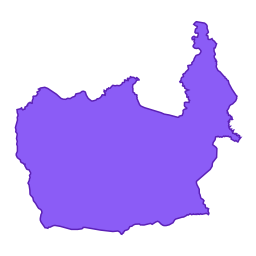 the district of Ossu, Viqueque, East Timor
{"feature_id": "22284137B78761758678939", "entity_name": "Ossu", "entity_type": "district", "adm_level": 2, "iso_a3": "TLS", "parent_name": "East Timor", "parent_adm1": "Viqueque", "projection": "albers", "projection_center": [126.407, -8.715], "detail": "fine", "context": "isolated", "style": "filled", "palette": "violet", "viewbox_px": 256, "rotation_deg": 0, "n_neighbors": 0, "source": "geoboundaries", "source_scale": "gbopen_adm2", "svg_char_len": 5787}
<svg xmlns="http://www.w3.org/2000/svg" viewBox="0 0 256 256"><path d="M193.7,24.3L195.5,25.7L197.3,26.4L196.9,28.1L195.5,29.1L194.9,32.2L195.6,33.1L198.0,33.2L198.2,34.7L197.5,37.1L194.9,37.1L194.5,36.4L193.8,36.3L192.7,36.9L192.0,37.8L192.0,38.8L192.4,39.7L193.3,39.6L194.2,39.0L194.5,39.0L194.6,39.7L194.0,41.7L194.8,43.1L193.2,45.7L193.1,46.7L194.6,48.1L196.4,48.5L198.2,48.2L199.2,48.7L200.8,50.5L201.0,51.7L199.7,53.9L198.9,54.5L196.2,55.4L195.7,56.0L194.2,58.7L193.7,60.7L191.8,62.8L192.0,64.0L190.8,65.0L187.9,65.6L188.0,66.9L188.5,68.4L188.3,69.4L185.5,72.2L184.8,73.5L183.9,73.6L182.9,74.4L183.5,76.6L181.7,77.5L181.1,78.9L181.0,80.3L179.8,81.6L180.3,82.5L181.8,82.2L182.4,82.5L183.0,84.3L182.5,85.7L183.2,86.2L184.4,86.1L184.7,88.1L186.4,89.2L188.5,90.0L185.5,91.2L185.1,91.9L185.6,93.2L186.9,94.8L186.8,97.0L187.3,97.4L188.4,97.0L188.5,99.7L189.5,100.1L189.7,100.5L189.1,101.3L189.0,102.4L185.5,102.2L184.5,102.6L184.4,105.7L184.9,106.6L186.8,108.1L186.6,108.6L184.3,109.3L183.1,110.4L183.2,112.8L182.2,115.4L179.3,116.1L178.7,117.2L177.8,117.3L169.2,115.0L164.2,114.1L161.0,112.7L144.6,107.7L141.0,106.1L139.6,104.7L136.9,98.4L137.1,97.3L136.7,96.6L137.0,95.1L136.5,94.7L134.9,94.4L134.5,93.1L133.1,92.2L132.9,91.7L132.9,88.4L132.5,87.3L132.9,84.6L135.3,82.8L136.6,80.4L137.8,80.0L139.0,80.0L139.0,79.5L136.8,77.6L136.5,77.6L135.9,78.8L135.6,78.8L134.0,77.5L132.9,77.2L131.6,77.5L130.7,76.6L130.4,76.7L129.9,78.1L129.4,78.5L127.6,78.3L127.5,78.5L127.5,79.2L128.4,79.8L128.2,80.6L126.1,80.4L125.2,79.9L124.6,80.0L124.6,81.8L124.2,82.4L122.5,82.6L122.1,83.8L120.5,85.2L119.1,85.7L117.0,85.4L115.1,85.8L112.9,85.3L111.5,86.5L110.3,88.1L109.6,88.3L108.6,87.9L108.0,89.0L107.1,88.8L106.1,91.0L105.3,91.0L104.2,90.3L104.0,91.7L105.4,93.2L104.8,94.0L105.3,94.8L105.1,95.3L102.5,94.7L102.1,94.9L101.7,95.5L101.7,96.2L99.7,98.1L98.2,98.8L97.3,98.7L95.9,100.1L92.7,101.0L91.4,100.9L88.2,98.4L86.3,95.2L85.4,92.3L85.0,91.8L83.5,91.2L82.1,91.4L80.0,93.0L75.9,93.9L74.8,96.4L72.5,97.1L70.2,98.6L67.6,98.3L65.8,99.3L63.2,99.2L61.0,98.4L56.4,94.2L47.7,88.4L44.8,87.3L40.6,88.0L38.5,89.1L38.9,89.4L39.8,89.3L40.1,89.8L39.2,90.9L37.0,92.1L37.8,93.8L36.4,95.7L35.4,96.1L33.4,96.2L33.0,96.7L33.2,98.3L32.4,100.3L32.1,101.7L32.3,103.0L32.0,103.3L31.1,103.1L30.1,102.3L29.7,102.8L28.5,103.1L27.2,105.1L27.6,105.3L27.6,105.7L24.9,107.2L25.0,109.0L24.7,109.2L24.0,109.1L22.9,109.9L21.8,108.9L21.8,108.1L21.5,107.8L20.4,108.8L17.0,109.6L17.3,112.9L17.9,114.0L18.0,115.3L17.8,116.3L17.2,117.2L17.5,120.0L15.4,127.6L16.0,129.9L15.7,131.8L17.0,133.4L17.2,134.6L16.5,138.5L17.3,141.4L16.7,144.2L17.4,146.1L17.4,151.3L16.2,154.0L16.3,155.5L17.4,157.7L20.4,160.0L20.5,161.2L21.1,162.4L23.2,163.3L23.8,164.1L25.0,164.2L24.8,165.6L26.6,169.0L27.4,169.5L29.0,169.8L30.6,172.7L30.6,173.9L29.5,175.3L30.1,177.7L29.4,178.9L29.4,180.1L28.0,183.1L29.1,185.0L29.9,190.5L30.0,194.1L30.5,195.1L32.8,197.6L33.5,200.8L35.6,203.4L37.7,207.0L38.7,208.4L40.7,209.5L41.7,210.9L41.9,212.8L41.0,214.6L40.3,218.4L40.3,220.1L41.1,222.1L45.1,227.8L45.8,227.7L47.9,228.3L48.6,227.2L50.0,227.2L53.1,225.7L54.8,225.4L60.2,226.3L71.4,229.4L77.6,229.4L81.9,228.8L83.1,227.8L83.2,227.4L85.0,227.4L100.7,230.1L112.9,231.5L117.8,231.0L119.7,231.9L121.2,234.1L121.9,234.3L122.3,233.6L123.4,232.9L123.3,232.3L124.1,231.7L124.6,230.7L127.6,229.7L128.6,228.9L129.8,226.6L131.9,226.2L133.5,224.9L135.4,224.2L139.5,224.0L140.4,224.9L144.1,225.0L150.5,223.4L152.2,224.3L155.8,222.0L157.7,221.3L159.1,222.0L160.8,223.8L162.6,225.1L164.0,225.6L166.0,225.6L169.2,224.8L173.0,222.7L174.7,219.8L175.9,219.0L182.0,217.2L183.7,217.0L186.5,215.5L187.2,214.7L188.1,215.1L190.1,213.8L191.7,214.7L193.4,214.0L193.6,214.3L195.6,214.4L196.1,214.0L196.9,214.5L197.7,213.9L198.3,214.2L198.7,214.0L198.9,214.3L199.8,214.4L200.5,213.7L201.9,214.3L206.2,213.4L207.7,213.9L208.3,214.6L208.7,214.2L208.9,213.2L208.0,211.1L208.2,210.4L208.1,209.5L208.6,208.9L207.4,208.1L206.0,208.0L205.5,207.2L205.2,205.0L203.2,203.7L203.4,201.9L204.0,200.8L203.1,199.6L200.9,198.1L200.7,197.6L200.0,194.7L199.3,193.3L199.2,189.2L196.9,184.6L196.4,182.9L196.5,181.3L210.2,169.4L212.1,166.3L212.4,163.5L212.8,162.3L216.6,157.4L216.9,148.6L216.0,147.3L212.7,144.7L213.2,142.5L215.1,139.7L215.6,137.0L216.0,136.7L217.6,136.7L218.0,136.3L219.5,137.1L220.7,136.8L221.9,137.2L223.9,136.1L224.7,136.6L225.7,136.1L227.2,136.4L228.3,136.2L229.4,137.0L230.6,136.7L231.3,138.1L231.1,139.0L231.6,139.3L234.9,141.2L235.9,140.5L237.6,141.9L238.0,141.9L239.0,139.8L240.6,137.7L239.7,137.9L239.2,137.5L239.8,136.3L239.5,135.6L238.2,135.0L237.8,135.8L236.6,135.4L236.4,134.5L236.8,133.8L236.5,133.7L235.9,133.4L235.1,134.2L234.5,134.0L234.0,133.3L232.8,133.3L232.5,132.7L233.6,130.2L232.9,130.4L232.3,131.1L231.8,131.0L231.0,129.9L231.4,129.1L229.8,129.1L229.0,127.6L229.0,127.1L230.0,126.8L230.3,126.4L229.4,126.5L228.6,125.8L229.0,124.5L228.5,122.9L229.2,122.2L228.3,121.4L228.6,121.0L229.8,120.8L229.5,119.9L230.0,119.2L230.5,119.0L231.8,119.6L232.2,119.5L231.8,119.2L232.2,118.3L231.6,116.6L230.6,116.8L230.4,115.6L229.7,115.1L228.6,115.3L228.1,112.9L227.3,112.8L227.6,111.7L227.0,110.8L228.6,108.4L229.5,106.0L230.5,104.9L232.6,103.9L235.7,100.8L236.7,98.4L236.6,96.9L237.0,96.2L236.1,95.4L231.9,89.1L229.0,83.7L228.2,80.6L227.2,80.1L226.2,78.5L225.1,78.0L224.9,76.9L224.0,76.4L220.0,71.8L218.0,70.5L216.4,67.4L216.2,66.0L216.7,64.4L216.4,63.3L216.7,61.3L216.3,60.8L215.6,61.0L215.8,59.4L214.8,58.7L214.2,57.0L214.2,55.9L215.2,54.7L215.2,53.9L214.1,51.3L214.0,48.2L215.2,47.9L216.6,43.7L215.7,43.1L214.5,41.3L212.8,40.1L212.0,38.6L210.3,39.5L208.5,39.4L208.1,39.1L207.9,36.0L207.5,35.6L206.5,35.5L206.3,35.0L206.8,33.9L208.3,32.5L208.4,32.0L207.0,28.0L207.2,26.8L206.9,25.3L205.9,24.1L204.6,23.1L196.5,21.7L195.5,22.2L193.7,24.3Z" fill="#8b5cf6" stroke="#5b21b6" stroke-width="1.5"/></svg>